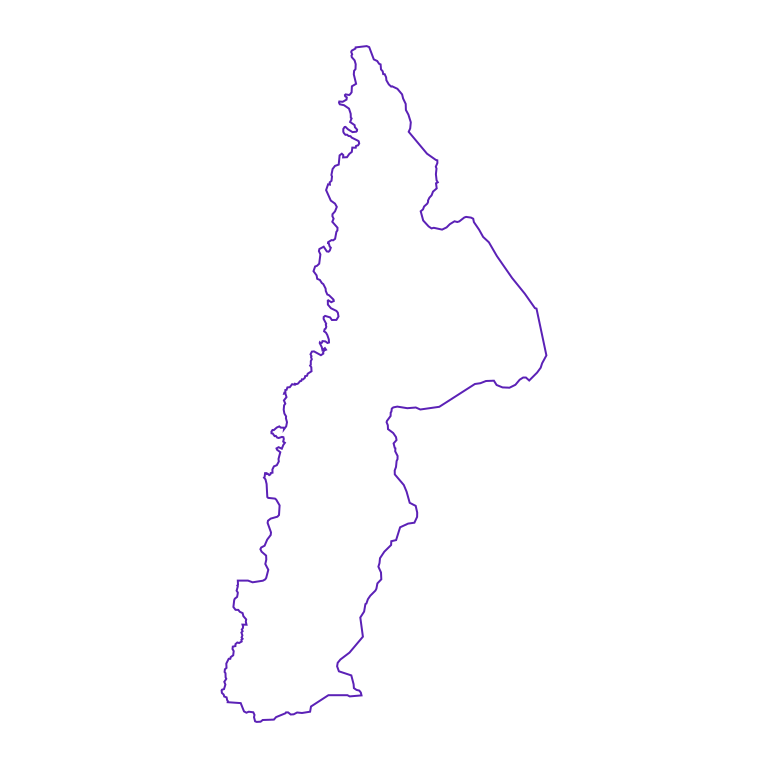 Wenchi Municipal, Brong Ahafo, Ghana (Robinson projection)
{"feature_id": "2480657B27014820297576", "entity_name": "Wenchi Municipal", "entity_type": "district", "adm_level": 2, "iso_a3": "GHA", "parent_name": "Ghana", "parent_adm1": "Brong Ahafo", "projection": "robinson", "projection_center": [-2.148, 7.803], "detail": "fine", "context": "isolated", "style": "outline", "palette": "violet", "viewbox_px": 768, "rotation_deg": 0, "n_neighbors": 0, "source": "geoboundaries", "source_scale": "gbopen_adm2", "svg_char_len": 6087}
<svg xmlns="http://www.w3.org/2000/svg" viewBox="0 0 768 768"><path d="M529.2,380.5L537.1,372.6L540.7,367.7L542.1,363.3L546.4,355.4L536.5,308.6L534.9,308.1L524.8,293.7L512.1,278.0L496.9,256.1L488.9,242.3L483.1,236.9L479.1,229.7L473.9,222.1L473.2,218.7L471.0,217.6L466.1,216.9L464.3,217.5L459.3,221.4L457.3,222.0L454.5,221.3L449.8,224.2L446.6,227.4L442.1,229.6L433.8,227.8L431.5,228.4L428.6,226.4L423.2,220.5L420.7,211.3L423.0,209.4L424.1,206.5L427.3,203.6L428.1,201.9L428.0,200.6L429.4,197.7L431.6,195.3L433.0,191.6L436.7,188.4L436.0,183.3L437.8,182.3L436.6,180.4L435.9,174.2L436.5,168.6L435.8,166.7L437.4,163.0L437.3,160.3L435.8,159.9L427.0,153.7L408.7,131.8L410.2,128.4L410.8,122.3L408.4,114.6L405.9,110.0L405.7,103.9L403.1,98.5L402.1,94.4L397.4,88.8L392.1,86.3L391.2,86.6L388.8,84.4L386.4,80.3L386.1,77.3L384.7,74.2L383.2,74.1L382.7,71.3L381.0,69.4L380.6,64.4L379.1,63.8L377.2,61.0L373.8,59.4L369.2,47.1L366.7,46.1L355.6,47.4L355.4,48.6L351.8,50.6L351.2,52.0L352.2,54.3L351.5,55.6L351.8,57.2L354.6,60.4L355.7,64.2L355.5,69.1L354.1,70.8L353.8,74.4L356.1,83.8L351.9,86.3L351.6,92.3L350.1,94.3L349.2,95.0L345.6,94.4L344.9,95.1L345.2,96.3L346.8,97.4L346.5,99.6L342.7,101.8L339.3,101.5L339.0,102.7L339.8,104.3L344.0,105.2L349.0,108.6L350.7,113.8L350.8,117.7L351.6,118.4L350.1,122.0L354.6,125.1L354.9,127.2L357.1,129.6L356.9,131.0L356.2,131.7L352.5,132.1L348.0,129.3L345.5,126.9L344.6,127.0L343.3,129.0L343.3,131.8L343.9,133.1L345.4,134.8L347.0,134.7L348.6,136.0L350.5,136.2L351.7,137.6L357.9,140.7L358.7,141.3L359.2,143.5L358.1,145.3L356.1,145.9L355.7,147.7L352.3,147.6L351.8,151.9L349.3,153.9L347.0,157.2L343.1,157.4L343.3,155.1L341.8,153.7L339.6,155.4L338.7,164.6L335.0,165.9L332.6,169.0L331.4,175.0L332.0,176.5L331.5,180.8L329.7,182.4L329.9,184.6L328.1,184.3L326.1,190.1L330.8,200.6L335.0,203.6L336.8,206.9L335.0,211.4L332.5,214.2L332.4,216.2L333.6,218.7L332.3,221.8L337.5,227.7L337.4,230.5L336.4,231.8L335.1,238.8L333.2,240.3L331.5,240.1L328.1,242.2L328.0,243.2L328.8,243.5L329.7,246.5L330.8,247.7L329.8,250.5L328.6,251.7L326.8,251.4L323.7,246.7L319.4,249.0L318.9,251.1L320.4,254.4L319.2,263.7L317.0,265.8L315.1,266.5L313.5,271.2L316.6,275.4L317.2,278.8L319.9,280.0L321.8,283.0L323.3,284.1L325.6,288.6L325.8,291.0L327.3,294.5L329.0,295.2L333.5,299.6L333.8,301.0L331.3,302.2L328.3,300.3L327.8,300.6L327.9,304.6L330.9,308.2L336.4,310.9L337.8,312.6L338.5,316.5L336.4,319.9L331.9,320.0L330.1,317.4L325.1,315.9L323.7,317.0L323.6,318.9L326.2,323.8L325.8,324.7L326.3,326.8L325.6,328.6L324.6,329.3L324.1,331.3L326.0,332.7L327.3,335.0L328.8,339.4L329.0,342.5L327.5,343.0L325.4,341.4L322.5,341.1L321.9,342.7L320.8,343.3L319.9,342.4L319.7,343.0L321.8,347.2L322.4,350.0L324.9,348.1L326.0,349.7L324.2,350.4L323.1,352.4L323.3,353.6L320.9,355.2L314.0,351.4L311.9,351.6L310.5,354.3L311.5,356.1L311.0,357.0L311.8,359.2L310.8,361.1L310.8,364.7L310.1,365.6L311.3,367.2L311.5,371.3L307.7,373.7L307.1,375.7L305.1,376.2L304.9,377.7L303.1,379.4L301.9,379.3L301.3,380.9L300.0,381.2L298.1,383.5L296.7,384.1L294.9,383.8L294.8,384.7L292.1,384.2L289.8,387.2L287.4,387.4L286.6,389.8L285.3,390.1L285.4,392.5L284.4,392.6L284.1,393.6L285.3,393.3L286.5,397.1L283.9,400.4L285.3,403.7L284.1,405.3L283.7,409.7L284.4,413.6L286.1,416.4L285.9,418.2L287.0,422.2L286.2,426.3L284.0,429.3L284.2,427.7L280.7,427.6L279.3,426.4L276.8,427.5L273.8,430.1L272.5,430.0L271.4,431.7L271.5,433.3L272.7,433.5L274.6,436.1L275.8,435.9L277.2,437.6L278.7,438.0L282.0,436.9L283.4,437.2L283.8,439.0L283.2,441.6L284.9,442.8L283.4,444.8L281.8,448.7L278.6,447.2L276.5,448.4L277.0,449.7L280.3,452.2L278.5,459.0L278.8,461.5L276.8,465.2L273.9,466.4L272.4,469.5L272.5,472.7L270.7,473.1L270.4,474.4L269.2,475.1L267.9,473.9L266.9,474.0L266.6,473.1L265.1,473.1L264.6,477.0L264.0,477.6L265.5,479.4L266.6,484.0L267.3,497.0L268.2,497.9L275.0,498.6L276.2,499.6L279.6,505.4L279.0,515.0L277.4,516.7L270.7,518.6L268.0,520.7L267.6,522.9L271.0,532.4L270.7,535.0L267.2,539.6L264.6,545.7L261.2,547.5L260.4,549.2L261.6,551.7L266.1,555.6L266.3,559.6L265.3,564.0L268.3,569.8L266.2,577.9L265.2,579.4L262.9,580.7L252.6,582.3L248.0,580.6L237.8,580.6L238.0,584.9L237.3,585.5L237.8,586.5L236.6,590.7L237.8,592.5L237.7,593.8L237.1,596.9L234.8,598.7L234.2,600.1L233.4,607.0L235.5,609.8L238.3,609.9L239.8,611.8L242.6,613.1L243.4,616.2L246.2,619.4L245.8,621.7L246.5,624.7L242.5,624.6L243.1,626.6L242.8,628.3L241.8,629.5L242.6,631.2L241.4,632.5L242.4,635.3L241.6,637.5L242.6,638.8L241.4,639.8L241.7,641.5L239.1,643.0L237.3,642.5L235.5,644.1L235.4,646.1L232.8,646.6L232.5,649.0L233.7,651.1L233.2,655.3L230.7,657.1L230.3,658.8L228.7,658.8L226.3,663.6L226.5,667.9L224.9,669.3L224.6,672.0L225.5,673.2L225.6,677.4L226.3,678.8L224.3,681.8L225.4,684.6L224.0,689.1L222.0,689.7L221.6,690.4L221.9,692.9L223.7,694.6L224.2,696.5L226.6,697.4L227.1,700.0L227.9,701.2L227.7,702.2L240.7,703.1L244.0,711.4L246.4,712.7L248.8,711.7L253.3,712.3L254.5,714.9L254.0,717.2L255.1,721.3L256.6,721.9L260.6,721.7L262.7,720.0L273.9,719.6L276.1,717.1L285.4,713.3L286.0,712.4L288.1,712.4L290.7,714.5L293.7,714.3L297.1,712.5L302.0,713.0L310.1,711.7L311.0,706.5L328.4,695.2L347.4,695.2L349.7,696.4L361.5,695.4L360.8,692.5L359.3,690.6L356.5,689.9L353.9,688.1L353.6,684.2L351.3,675.4L338.9,671.3L337.1,666.3L337.7,662.8L340.4,659.5L349.5,652.6L362.9,636.7L360.3,617.5L364.1,611.6L365.4,604.1L366.4,603.5L367.9,599.2L370.3,595.7L375.4,590.6L376.4,588.7L377.4,583.4L381.3,579.3L381.0,572.5L378.4,566.7L379.5,563.1L380.0,558.2L384.3,551.7L391.1,545.0L391.3,541.2L396.1,540.1L400.1,527.3L408.1,523.6L414.4,522.7L417.1,516.9L417.2,512.6L415.7,505.9L409.7,502.8L406.6,491.7L403.8,485.0L394.8,474.4L394.7,470.5L396.0,467.0L396.6,461.0L397.5,459.2L397.6,456.0L395.2,451.3L395.4,448.3L394.7,447.8L393.6,443.4L396.5,440.1L396.4,439.3L396.0,437.1L393.2,433.0L388.0,429.1L387.8,425.2L386.6,422.3L386.9,421.0L390.6,416.0L390.7,412.6L391.4,411.6L391.8,408.6L393.3,407.4L397.3,406.6L407.3,408.2L415.8,407.5L420.3,409.5L439.3,406.8L474.9,384.0L480.4,383.2L486.0,381.0L493.9,380.7L496.6,385.0L502.5,387.4L509.5,387.7L515.4,384.8L519.7,379.7L523.2,377.5L525.9,377.5L529.2,380.5Z" fill="none" stroke="#5b21b6" stroke-width="2"/></svg>